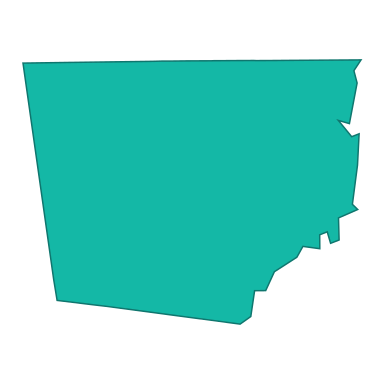 Montgomery, Tennessee, United States of America (Albers equal-area conic projection)
{"feature_id": "52423323B95053612066868", "entity_name": "Montgomery", "entity_type": "district", "adm_level": 2, "iso_a3": "USA", "parent_name": "United States of America", "parent_adm1": "Tennessee", "projection": "albers", "projection_center": [-87.301, 36.477], "detail": "fine", "context": "isolated", "style": "filled", "palette": "teal", "viewbox_px": 384, "rotation_deg": 0, "n_neighbors": 0, "source": "geoboundaries", "source_scale": "gbopen_adm2", "svg_char_len": 644}
<svg xmlns="http://www.w3.org/2000/svg" viewBox="0 0 384 384"><path d="M23.0,63.1L53.7,279.6L57.1,300.4L93.3,304.8L104.5,306.1L240.1,324.1L250.8,316.5L254.6,290.7L265.7,290.6L274.4,271.7L296.9,257.2L302.9,246.4L319.8,248.7L319.7,234.8L327.2,231.8L330.6,243.3L339.1,240.0L338.5,217.9L357.7,209.5L352.4,204.3L357.5,165.1L359.1,133.8L351.7,136.7L338.3,120.4L349.4,123.6L357.1,83.0L353.9,70.7L361.0,59.9L286.8,60.4L286.4,60.4L275.8,60.5L256.0,60.6L254.0,60.5L232.5,60.6L219.0,60.7L213.8,60.7L211.4,60.8L187.1,60.9L168.7,61.1L161.9,61.1L154.5,61.3L148.8,61.4L73.2,62.4L72.0,62.4L23.0,63.1Z" fill="#14b8a6" stroke="#0f766e" stroke-width="1.5"/></svg>